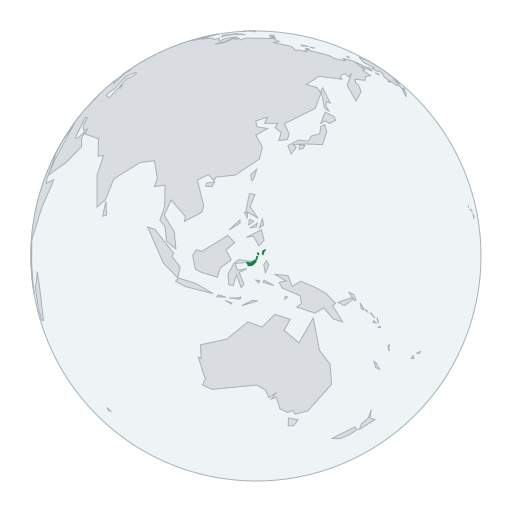 Sulawesi Utara highlighted on a globe, orthographic projection, rotated 9°
{"feature_id": "IDN-513", "entity_name": "Sulawesi Utara", "entity_type": "Province", "adm_level": 1, "iso_a3": "IDN", "parent_name": "Indonesia", "parent_adm1": "", "projection": "orthographic", "projection_center": [125.095, 2.916], "detail": "fine", "context": "on_globe", "style": "filled", "palette": "green", "viewbox_px": 512, "rotation_deg": 9, "n_neighbors": 0, "source": "natural_earth", "source_scale": "10m", "svg_char_len": 9880}
<svg xmlns="http://www.w3.org/2000/svg" viewBox="0 0 512 512"><g transform="rotate(9 256 256)"><circle cx="256" cy="256" r="225" fill="#eef3f6" stroke="#a8b0b8"/><path d="M433.1,324.6L432.9,326.2L432.7,326.4L433.1,324.6ZM369.6,61.5L365.5,59.7L370.7,63.5L363.7,59.2L378.5,71.0L379.3,75.3L373.8,67.5L369.7,64.6L368.0,65.6L363.4,62.9L359.9,62.1L354.6,59.1L351.8,55.6L348.3,53.8L347.3,54.7L341.3,52.9L343.3,51.6L333.1,48.4L326.5,43.6L335.8,45.3L353.1,52.7L369.6,61.5ZM465.4,185.1L463.5,180.1L465.2,182.7L465.4,185.1ZM461.9,177.5L462.7,179.1L462.0,177.8L461.9,177.5ZM461.2,176.9L461.7,177.3L461.3,177.3L461.2,176.9ZM460.3,176.7L460.7,176.5L460.7,176.8L460.3,176.7ZM458.3,174.8L457.8,174.2L458.0,173.6L458.3,174.8ZM375.4,67.4L375.8,66.8L377.0,68.4L375.4,67.4ZM360.4,62.6L361.7,63.7L359.4,62.9L360.4,62.6ZM349.0,57.7L344.8,56.4L348.6,57.1L349.0,57.7ZM342.0,55.3L331.8,52.9L334.0,54.9L322.2,48.4L334.8,52.2L339.1,52.5L339.0,53.6L342.0,55.3ZM317.3,45.5L314.4,44.6L316.9,44.9L317.3,45.5ZM62.9,139.9L62.9,140.0L75.3,121.9L75.6,121.1L88.0,105.9L88.7,105.2L88.4,107.8L91.3,104.5L97.4,96.5L103.5,91.3L100.3,93.4L97.1,96.8L95.0,98.5L97.8,95.6L99.8,93.7L100.7,92.8L112.8,82.0L125.8,72.2L139.3,63.3L153.5,55.4L168.2,48.5L183.4,42.7L183.9,42.6L170.1,48.7L164.5,50.7L166.7,49.3L156.8,54.2L161.4,52.0L159.4,53.3L166.8,50.3L165.7,51.1L174.6,47.2L174.1,47.9L168.5,50.3L179.0,47.5L180.3,48.8L183.2,47.8L185.9,46.5L185.8,49.6L188.0,48.8L188.8,47.4L193.6,45.2L202.1,42.7L201.6,43.9L198.5,44.9L191.2,49.4L183.0,52.7L183.6,53.0L190.6,50.5L199.5,44.9L204.7,43.2L201.3,45.5L203.0,44.5L205.4,44.1L207.4,44.9L211.5,42.4L239.0,38.5L245.5,40.6L239.4,42.5L258.1,43.4L264.0,47.3L264.8,45.8L274.2,46.2L272.5,44.9L273.6,44.3L297.2,46.6L302.3,48.6L313.4,49.4L313.8,48.8L310.6,47.2L322.2,48.4L334.0,54.9L332.5,55.8L340.9,59.9L336.2,61.6L336.3,65.4L326.3,65.9L327.2,69.5L330.4,70.8L334.1,77.3L330.5,87.3L319.3,73.2L321.9,60.4L319.6,64.7L315.9,62.2L312.5,63.1L311.2,66.7L313.7,67.9L290.1,68.7L278.7,78.8L289.7,80.0L294.7,84.9L291.3,101.0L263.4,120.9L269.7,130.4L268.8,136.0L260.5,138.4L261.5,130.1L254.8,126.2L256.7,121.6L243.6,123.6L245.7,117.2L234.6,122.6L236.7,128.2L247.5,128.3L236.9,136.6L245.3,147.5L244.2,159.7L222.8,179.3L204.2,184.3L202.6,188.2L196.3,183.0L186.2,190.2L196.5,214.5L195.6,221.3L180.0,233.0L180.0,227.9L163.4,213.9L159.0,230.1L171.5,244.9L175.8,261.6L165.5,255.6L161.4,241.0L155.5,235.6L158.1,221.4L155.1,200.2L144.8,203.3L146.5,195.0L140.8,177.7L126.6,181.9L103.4,202.2L98.7,223.5L91.4,232.5L86.4,200.9L89.6,180.6L84.4,182.0L82.1,164.8L68.3,162.2L69.3,157.1L66.1,159.1L65.0,153.7L67.8,145.6L65.8,145.8L58.9,167.4L61.5,167.4L67.9,159.7L65.2,167.5L66.7,175.0L54.0,193.1L38.5,208.4L42.2,192.5L57.2,150.1L59.6,145.7L59.9,145.2L60.4,144.3L56.5,151.4L57.6,149.3L62.9,139.9ZM57.1,150.2L47.2,172.0L42.7,184.6L38.2,209.3L37.4,211.7L37.5,217.1L44.2,212.2L43.1,217.6L36.8,241.9L32.0,275.2L35.7,299.1L40.4,319.4L42.9,329.1L38.1,313.0L34.4,296.6L32.0,280.0L30.8,263.3L30.9,246.5L32.2,229.8L34.8,213.2L38.6,196.9L43.6,180.9L49.8,165.3L57.1,150.2ZM82.9,121.0L86.2,122.9L93.8,111.4L95.8,111.4L97.7,107.8L94.4,110.6L100.4,101.1L105.1,98.7L109.4,94.3L108.5,93.5L98.9,99.6L90.2,112.9L85.5,117.1L82.9,121.0ZM217.0,34.1L214.0,34.7L212.7,34.9L217.0,34.1ZM72.5,125.3L73.0,124.7L70.8,127.8L72.5,125.3ZM211.5,35.2L209.4,35.6L208.2,35.8L211.1,35.2L211.5,35.2ZM219.9,33.6L219.3,33.8L217.4,34.1L219.8,33.6L219.9,33.6ZM132.3,429.0L136.9,431.9L134.9,431.9L132.3,429.0ZM46.4,318.0L56.2,353.0L54.3,352.7L49.3,342.0L42.6,320.6L43.2,315.1L42.3,305.7L46.4,318.0ZM232.3,304.6L239.3,306.2L239.1,307.2L232.3,304.6ZM224.9,300.3L232.8,301.3L223.7,302.5L224.9,300.3ZM235.9,301.7L244.0,300.4L247.5,299.0L246.9,301.2L235.9,301.7ZM219.6,299.9L191.4,297.3L180.5,293.6L182.9,289.9L200.6,292.4L219.6,299.9ZM182.0,289.7L165.6,277.5L144.5,244.4L152.0,245.5L174.3,266.3L172.9,269.4L182.8,278.8L182.0,289.7ZM222.6,273.2L221.1,283.0L205.3,280.8L198.3,278.6L193.4,265.4L196.1,259.2L201.8,259.9L225.0,240.1L232.9,246.1L225.5,254.6L232.1,263.9L222.6,273.2ZM99.2,225.6L102.0,238.9L98.3,240.7L99.2,225.6ZM235.1,226.0L225.3,234.5L234.5,222.8L235.1,226.0ZM241.0,214.9L241.3,219.6L237.8,214.7L241.0,214.9ZM201.6,194.4L195.5,195.0L195.7,191.8L203.7,189.2L201.6,194.4ZM243.2,170.2L241.8,179.4L240.2,182.4L238.0,176.5L243.2,170.2ZM211.1,39.0L200.1,40.6L192.0,42.8L187.3,45.1L189.3,43.0L201.7,39.6L211.1,39.0ZM235.6,38.2L239.7,36.8L241.1,37.5L240.4,37.9L235.6,38.2ZM235.8,37.3L234.9,35.8L239.3,35.2L239.2,36.4L235.8,37.3ZM221.1,34.5L217.8,34.9L219.7,34.4L221.1,34.5ZM380.4,409.4L383.1,411.5L376.7,417.4L367.8,423.2L359.4,424.4L380.4,409.4ZM314.4,418.8L313.4,410.9L323.1,411.2L319.7,417.7L314.4,418.8ZM386.6,405.0L392.3,398.5L393.9,389.6L393.9,397.9L399.1,399.0L385.1,411.1L386.6,405.0ZM276.9,383.3L233.3,394.6L223.4,391.8L225.2,385.5L214.8,365.1L217.9,365.8L215.0,352.4L240.3,342.5L258.3,322.4L273.2,325.2L283.9,310.6L299.6,313.2L295.3,325.1L312.0,335.0L322.3,308.4L333.4,339.2L346.1,351.3L350.7,370.9L331.3,401.0L319.3,406.0L316.6,402.7L311.7,405.5L303.6,403.3L298.2,392.3L293.4,395.0L297.6,387.6L290.9,393.9L286.3,386.8L276.9,383.3ZM388.9,341.7L391.5,342.9L395.7,348.7L391.6,347.2L388.9,341.7ZM426.7,329.9L428.0,332.6L425.3,332.8L426.7,329.9ZM432.7,326.4L429.5,327.0L433.1,324.6L432.7,326.4ZM401.3,325.8L402.6,327.8L401.6,328.4L401.3,325.8ZM400.3,325.0L401.7,322.2L401.6,325.2L400.3,325.0ZM387.9,307.3L389.4,305.9L390.1,307.2L387.9,307.3ZM249.7,307.3L259.3,300.3L264.7,300.2L249.7,307.3ZM385.7,303.7L381.9,303.0L382.3,301.4L385.7,303.7ZM385.8,300.1L385.4,297.8L387.8,303.3L385.8,300.1ZM378.6,294.2L383.2,298.7L378.0,294.6L378.6,294.2ZM375.9,294.4L372.5,292.2L372.8,291.6L375.9,294.4ZM339.4,292.9L351.7,307.5L342.0,306.0L331.1,296.6L323.0,303.2L304.3,300.0L308.4,295.7L305.8,288.3L286.8,283.5L283.0,278.4L289.7,276.0L277.3,271.1L290.8,270.4L296.5,280.5L304.1,273.9L317.7,277.2L331.0,281.9L341.9,290.4L339.4,292.9ZM291.1,291.3L293.5,291.6L291.4,294.2L291.1,291.3ZM366.2,286.1L371.0,291.4L370.5,292.5L368.2,291.5L366.2,286.1ZM344.4,289.0L356.1,282.6L358.8,283.1L351.1,291.1L344.4,289.0ZM353.1,277.1L358.6,278.9L361.6,283.7L360.5,284.8L353.1,277.1ZM263.5,279.7L263.0,282.3L259.5,279.9L263.5,279.7ZM267.9,278.6L278.5,282.5L267.0,280.7L267.9,278.6ZM236.7,266.5L239.7,273.0L249.1,269.9L241.9,274.9L248.5,285.8L246.4,289.5L239.8,277.7L237.8,289.0L233.6,288.4L231.2,278.4L235.3,266.8L239.5,262.3L256.6,261.9L236.7,266.5ZM267.8,271.0L265.1,263.5L267.1,258.9L270.1,263.0L267.8,271.0ZM257.2,245.5L250.2,236.7L243.6,239.2L257.2,229.2L261.6,239.2L257.2,245.5ZM251.7,227.1L245.5,229.3L252.1,223.4L251.7,227.1ZM244.0,226.5L243.7,220.8L248.4,222.0L244.0,226.5ZM254.9,227.7L256.5,218.4L258.7,224.1L254.9,227.7ZM242.4,208.3L252.1,218.3L239.0,213.2L239.7,195.4L245.4,195.5L242.4,208.3ZM282.1,144.0L281.4,139.4L286.9,139.1L285.8,142.3L282.1,144.0ZM304.2,135.6L288.2,137.5L275.2,140.0L278.7,142.5L274.8,149.8L270.2,142.0L280.0,134.8L289.7,134.4L292.1,128.6L299.8,125.5L299.7,118.1L303.4,115.5L306.4,122.4L304.2,135.6ZM299.2,115.0L301.8,103.1L311.7,106.3L313.3,109.6L308.0,113.6L303.1,111.6L299.2,115.0ZM305.3,101.3L300.6,99.5L294.4,82.2L295.6,79.5L305.5,93.3L301.6,92.5L301.4,96.5L305.3,101.3ZM314.8,45.3L314.4,44.7L316.5,45.6L314.8,45.3ZM272.4,43.6L274.3,42.9L276.7,43.7L272.4,43.6ZM280.7,41.8L276.7,41.2L281.1,41.3L280.7,41.8ZM267.8,40.5L275.2,40.8L267.8,41.3L267.8,40.5Z" fill="#d9dde1" stroke="#a8b0b8" stroke-width="1"/><path d="M248.1,263.8L248.3,263.8L248.5,263.8L248.5,263.7L248.8,263.7L248.9,263.8L249.0,263.9L249.3,263.8L249.5,263.9L249.8,264.0L250.0,264.1L250.4,264.1L250.5,264.1L251.0,264.2L251.3,264.2L251.5,264.2L251.4,264.1L251.5,264.0L251.7,263.9L252.2,263.8L252.3,263.7L252.6,263.5L252.8,263.5L252.9,263.4L253.0,263.3L253.1,263.0L253.1,262.9L253.3,262.8L253.6,262.8L253.8,262.7L253.9,262.8L254.0,262.8L254.1,262.7L254.0,262.4L253.9,262.4L253.8,262.2L254.1,262.0L254.1,261.9L254.4,262.0L254.5,261.9L254.7,261.7L254.9,261.7L255.0,261.7L254.9,261.4L255.0,261.2L255.4,260.9L255.5,260.9L255.5,260.7L255.8,260.6L255.8,260.8L256.2,260.9L256.3,260.9L256.3,261.1L256.4,261.3L256.5,261.4L256.6,261.5L256.3,261.8L256.2,261.9L256.1,262.0L255.8,262.8L255.6,263.2L255.4,263.3L255.3,263.5L255.2,263.6L254.9,263.8L254.7,263.9L254.6,264.0L254.4,264.2L254.3,264.3L254.2,264.5L254.0,264.8L253.9,264.9L253.9,265.0L254.0,265.0L253.9,265.1L253.7,265.4L253.7,265.5L253.4,265.7L253.2,265.8L252.5,266.0L252.3,266.0L252.1,265.9L252.1,266.0L251.9,266.0L251.7,266.1L251.4,266.1L251.2,266.2L250.9,266.2L250.9,266.3L250.7,266.2L250.5,266.3L250.3,266.3L250.2,266.4L249.6,266.2L249.7,265.9L249.7,265.6L249.7,265.3L249.6,265.2L249.0,264.8L249.0,264.7L248.8,264.7L248.7,264.6L248.7,264.4L248.6,264.2L248.4,264.1L248.2,264.0L248.2,263.8L248.1,263.8ZM263.0,250.4L263.1,250.5L262.9,250.9L262.7,251.1L262.7,251.4L262.7,251.6L262.5,251.8L262.4,251.7L262.2,251.7L262.3,251.4L262.5,251.0L262.7,250.9L262.5,250.7L262.3,250.7L262.3,250.4L262.3,250.2L262.4,249.9L262.5,249.8L262.4,249.8L262.4,249.7L262.5,249.6L262.8,249.6L262.9,249.8L263.0,249.8L263.0,250.0L262.9,250.2L262.9,250.3L263.0,250.4ZM258.2,253.8L258.2,254.0L257.9,253.9L257.7,253.9L257.6,253.6L257.7,253.4L257.4,253.2L257.3,252.9L257.5,252.8L257.7,253.0L257.9,253.2L257.9,253.3L258.0,253.5L258.2,253.8ZM257.4,256.5L257.2,256.8L257.3,257.0L257.2,257.1L257.1,256.9L257.0,256.7L257.1,256.4L257.3,256.4L257.4,256.5ZM262.1,251.8L262.3,252.0L262.2,252.3L262.3,252.5L262.2,252.5L262.2,252.3L262.1,252.1L262.1,251.9L262.0,251.6L262.1,251.8ZM262.5,252.3L262.8,252.5L262.7,252.8L262.6,252.6L262.4,252.4L262.5,252.3ZM256.8,261.4L256.8,261.6L256.7,261.8L256.5,262.0L256.4,262.0L256.3,261.9L256.6,261.8L256.8,261.4ZM257.3,258.1L257.4,258.3L257.2,258.3L257.1,258.2L257.3,258.1L257.3,258.1ZM256.3,260.4L256.3,260.5L256.2,260.6L256.1,260.4L256.3,260.4L256.3,260.4ZM257.2,259.1L257.0,259.3L256.9,259.3L256.9,259.2L257.0,259.2L257.2,259.1ZM264.0,248.7L264.0,248.8L263.9,248.8L263.9,248.7L264.0,248.7Z" fill="#22c55e" stroke="#15803d" stroke-width="1.5"/></g></svg>